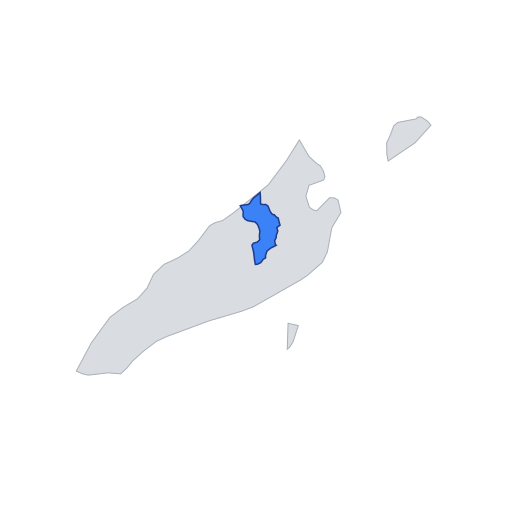 location of Ainaro within East Timor, rotated 163°
{"feature_id": "TLS-545", "entity_name": "Ainaro", "entity_type": "District", "adm_level": 1, "iso_a3": "TLS", "parent_name": "East Timor", "parent_adm1": "", "projection": "robinson", "projection_center": [125.566, -9.004], "detail": "fine", "context": "in_parent", "style": "filled", "palette": "blue", "viewbox_px": 512, "rotation_deg": 163, "n_neighbors": 0, "source": "natural_earth", "source_scale": "10m", "svg_char_len": 1796}
<svg xmlns="http://www.w3.org/2000/svg" viewBox="0 0 512 512"><g transform="rotate(163 256 256)"><path d="M180.6,354.3L176.2,335.7L171.6,327.7L168.0,323.1L166.7,317.4L166.9,311.6L169.1,308.9L184.6,308.1L190.8,298.6L190.7,287.0L187.6,283.2L184.6,281.5L168.6,290.2L164.0,288.6L161.2,285.5L162.1,272.7L175.3,260.8L186.5,239.1L194.4,230.5L212.7,222.4L220.1,220.1L273.4,208.2L286.1,207.4L319.8,207.7L365.0,205.1L376.2,203.5L390.7,198.2L404.7,191.7L412.2,186.6L419.9,182.9L431.6,187.5L451.3,191.1L456.6,194.2L461.5,198.5L438.6,221.3L413.5,240.1L398.0,245.8L381.9,249.7L369.7,257.0L359.4,268.4L346.3,274.9L331.4,277.0L318.7,280.5L307.2,287.2L291.2,298.7L284.7,299.9L277.9,299.6L264.6,304.0L223.4,320.5L198.5,338.8L180.6,354.3ZM50.5,329.9L70.9,317.7L101.9,308.2L101.1,315.1L98.0,326.0L93.3,331.1L86.2,340.2L81.5,342.3L62.9,340.3L60.5,341.6L57.3,340.6L52.5,334.7L50.5,329.9ZM253.4,157.7L245.0,182.3L235.9,177.1L245.6,163.2L250.3,159.1L253.4,157.7Z" fill="#d9dde1" stroke="#a8b0b8" stroke-width="1"/><path d="M256.4,308.6L255.2,308.7L248.8,307.6L246.7,308.1L244.1,310.4L241.6,312.1L233.5,315.5L234.4,311.5L236.4,304.5L234.4,303.2L231.6,302.4L229.9,300.2L229.5,294.6L228.2,291.0L226.4,290.1L225.5,287.9L223.9,285.8L223.7,285.8L223.9,282.3L224.0,278.4L227.8,277.2L227.8,273.7L229.0,271.8L230.5,269.9L231.4,267.5L233.7,265.2L234.1,261.5L233.5,260.3L234.0,260.2L239.9,259.2L244.0,257.5L246.6,254.0L247.4,251.4L250.1,250.7L251.7,249.5L253.3,248.3L257.0,247.7L259.1,248.1L258.7,251.5L258.7,251.8L257.7,257.4L257.1,260.9L257.0,263.5L256.7,267.6L254.7,269.0L250.6,268.9L247.6,270.6L247.2,273.3L246.2,276.1L245.2,278.1L244.9,280.8L245.3,285.6L247.0,288.9L250.8,290.7L253.9,292.4L255.7,294.4L256.8,297.6L256.1,299.8L255.1,302.4L256.1,307.7L256.4,308.6Z" fill="#3b82f6" stroke="#1e3a8a" stroke-width="1.5"/></g></svg>